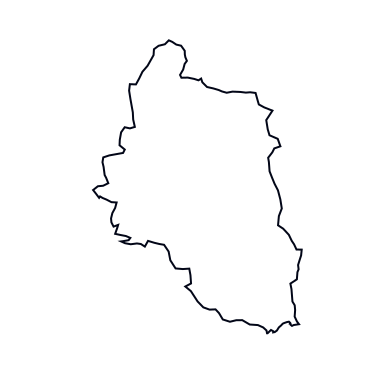 the district of Koili, Paphos, Cyprus, rotated 259°
{"feature_id": "46923920B65827682007345", "entity_name": "Koili", "entity_type": "district", "adm_level": 2, "iso_a3": "CYP", "parent_name": "Cyprus", "parent_adm1": "Paphos", "projection": "mercator", "projection_center": [32.445, 34.867], "detail": "fine", "context": "isolated", "style": "outline", "palette": "ink", "viewbox_px": 384, "rotation_deg": 259, "n_neighbors": 0, "source": "geoboundaries", "source_scale": "gbopen_adm2", "svg_char_len": 2194}
<svg xmlns="http://www.w3.org/2000/svg" viewBox="0 0 384 384"><g transform="rotate(259 192 192)"><path d="M38.7,244.9L38.7,246.5L39.8,248.9L42.5,251.4L44.0,254.0L45.4,255.9L45.8,257.5L46.2,260.4L46.2,262.4L45.0,263.3L44.1,262.9L43.9,263.6L42.8,263.5L41.5,264.6L42.0,266.4L41.8,271.8L44.9,270.3L50.1,269.0L56.4,270.7L61.2,271.2L65.3,269.7L77.6,271.1L83.3,271.1L86.3,278.3L93.2,280.2L95.8,281.9L100.1,282.2L105.3,285.0L108.9,287.0L114.5,288.7L115.6,283.6L121.2,282.2L125.0,280.6L131.5,278.9L138.6,274.5L142.9,270.1L151.8,272.7L158.7,277.0L167.9,277.3L177.2,276.7L184.4,274.6L190.9,273.3L197.5,272.1L206.8,273.2L211.1,273.3L215.6,278.4L219.1,281.1L220.0,287.5L221.2,287.3L227.8,286.3L232.9,278.9L239.1,278.3L248.4,278.6L256.5,286.5L261.3,279.0L265.2,274.3L268.3,274.0L277.1,273.3L278.8,268.1L279.3,263.8L281.0,258.5L282.8,250.9L282.8,245.0L285.0,240.6L287.0,237.7L289.6,232.7L292.2,226.8L297.7,223.1L301.6,222.6L300.4,219.7L302.6,215.7L305.1,209.7L306.2,203.4L309.2,202.6L313.9,206.7L319.1,209.2L321.7,212.0L325.5,211.2L328.3,211.2L332.0,211.8L336.6,209.7L337.7,209.2L339.7,204.7L343.1,201.3L345.3,198.2L342.2,193.6L341.9,187.1L339.4,181.9L333.7,180.4L324.4,172.5L319.5,166.3L313.5,161.8L308.3,157.5L309.7,151.6L303.5,149.6L295.0,149.3L281.5,149.1L274.4,148.1L266.8,148.3L266.3,143.2L268.4,138.3L264.1,133.8L257.1,131.1L251.7,129.8L246.5,134.1L243.5,131.8L243.7,117.8L242.9,111.5L238.3,109.8L233.5,110.0L225.3,109.5L222.4,110.4L216.6,111.5L215.1,106.0L215.6,100.7L212.8,95.3L209.1,97.2L204.0,99.7L205.2,100.9L203.2,103.1L200.8,106.7L197.4,111.0L196.1,116.0L191.0,113.5L186.5,109.8L181.5,107.5L177.6,107.1L173.0,108.4L173.8,113.2L171.1,111.8L165.6,108.6L163.4,113.7L161.4,118.7L158.7,122.7L156.8,120.6L156.9,114.5L157.0,113.0L154.5,116.5L152.4,121.9L152.0,128.1L150.7,131.9L147.4,135.3L152.4,139.5L149.3,145.4L147.2,150.0L145.5,154.5L138.0,157.7L129.1,157.7L120.1,161.3L118.1,168.3L117.3,174.7L110.6,174.6L102.4,173.6L100.5,167.4L94.9,172.0L83.5,176.6L76.6,181.1L73.2,186.8L72.3,192.7L68.0,195.4L61.0,197.9L57.4,204.5L57.7,211.0L56.6,216.9L50.9,223.4L48.8,231.3L45.5,236.0L41.9,238.7L39.0,238.7L38.9,239.2L41.5,243.2L39.8,245.2L38.7,244.9Z" fill="none" stroke="#020617" stroke-width="2"/></g></svg>